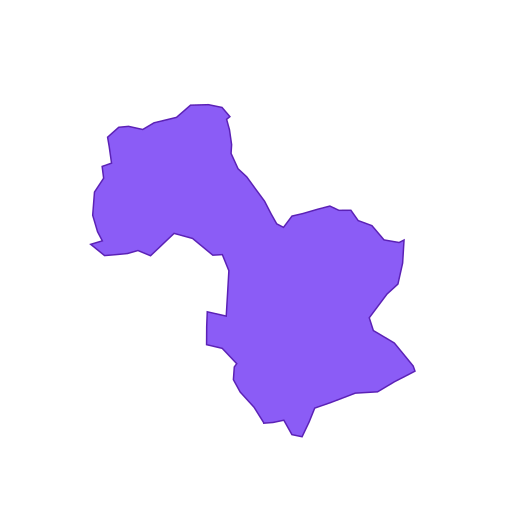 the district of Mamonia, Paphos, Cyprus, rotated 58°
{"feature_id": "46923920B75791166452809", "entity_name": "Mamonia", "entity_type": "district", "adm_level": 2, "iso_a3": "CYP", "parent_name": "Cyprus", "parent_adm1": "Paphos", "projection": "equal_earth", "projection_center": [32.626, 34.767], "detail": "fine", "context": "isolated", "style": "filled", "palette": "violet", "viewbox_px": 512, "rotation_deg": 58, "n_neighbors": 0, "source": "geoboundaries", "source_scale": "gbopen_adm2", "svg_char_len": 1169}
<svg xmlns="http://www.w3.org/2000/svg" viewBox="0 0 512 512"><g transform="rotate(58 256 256)"><path d="M124.0,204.3L112.0,206.1L102.5,216.1L93.4,231.6L96.3,250.0L89.0,271.9L88.7,285.0L78.5,295.4L74.1,304.2L76.6,318.9L85.4,322.5L100.7,329.3L98.5,339.0L109.3,344.0L116.2,359.1L134.9,372.9L151.4,377.5L161.7,378.3L158.5,390.0L175.4,384.2L180.8,373.7L185.8,363.7L188.8,353.2L199.9,345.3L193.4,313.5L207.5,300.5L232.4,292.2L237.0,283.8L254.1,286.8L272.9,300.1L291.2,313.1L277.5,326.9L289.7,335.2L305.0,344.9L316.4,333.6L337.1,329.4L338.6,333.2L348.9,340.7L363.0,341.5L383.3,337.8L401.6,337.8L401.9,338.0L406.2,329.8L410.0,319.4L426.5,320.2L433.7,312.7L424.9,298.9L416.1,286.8L420.0,269.6L424.9,244.5L435.6,224.9L436.0,205.2L437.5,187.3L437.9,182.2L432.6,181.0L403.1,184.8L381.4,196.0L368.4,192.7L357.7,165.1L355.0,150.5L339.7,135.4L320.9,122.0L320.4,127.5L310.2,138.9L291.7,141.6L280.1,150.6L267.5,151.3L261.2,161.5L252.8,166.9L249.0,179.0L244.8,193.9L241.2,204.3L246.3,217.5L239.7,221.4L228.5,220.9L214.1,219.7L198.7,220.9L184.1,221.9L172.5,225.0L155.8,222.8L148.7,217.7L134.9,211.6L124.5,208.5L124.0,204.3Z" fill="#8b5cf6" stroke="#5b21b6" stroke-width="1.5"/></g></svg>